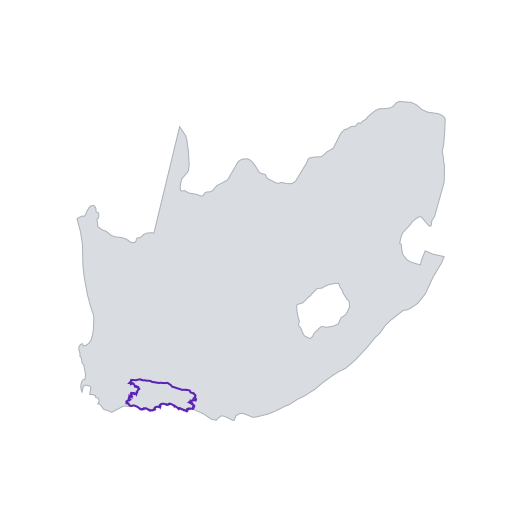 location of Eden, Western Cape, South Africa, rotated 14°
{"feature_id": "47623444B71894478343084", "entity_name": "Eden", "entity_type": "district", "adm_level": 2, "iso_a3": "ZAF", "parent_name": "South Africa", "parent_adm1": "Western Cape", "projection": "equal_earth", "projection_center": [22.286, -33.877], "detail": "fine", "context": "in_parent", "style": "outline", "palette": "violet", "viewbox_px": 512, "rotation_deg": 14, "n_neighbors": 0, "source": "geoboundaries", "source_scale": "gbopen_adm2", "svg_char_len": 8711}
<svg xmlns="http://www.w3.org/2000/svg" viewBox="0 0 512 512"><g transform="rotate(14 256 256)"><path d="M357.6,71.4L369.8,69.4L375.2,70.5L381.6,73.8L387.7,74.9L398.1,73.8L401.6,74.3L404.4,75.4L406.4,77.2L409.1,90.0L411.3,103.8L411.2,108.2L411.5,109.9L414.3,115.7L415.3,119.4L416.9,122.3L420.3,136.9L420.7,139.5L419.7,174.7L418.1,178.9L418.6,184.4L416.9,185.1L406.8,178.1L405.0,178.4L402.1,181.0L399.3,185.1L398.0,188.6L392.6,198.1L392.1,204.0L392.4,209.1L394.1,209.4L395.3,213.0L397.9,218.9L402.5,222.6L406.8,224.3L412.9,224.8L417.7,224.7L417.5,220.7L418.9,210.1L426.9,211.4L438.7,211.1L437.7,217.9L432.9,233.6L429.6,251.2L425.8,260.0L423.7,263.7L417.8,270.1L414.7,272.2L412.2,273.0L402.0,286.0L398.2,292.2L394.7,301.3L391.3,306.3L386.3,317.0L377.7,332.6L370.4,342.9L367.3,345.8L365.2,347.2L359.5,353.1L351.5,362.6L345.4,371.1L336.3,380.6L331.1,384.8L323.3,393.0L321.1,394.2L312.3,401.8L306.0,406.4L295.9,411.8L291.9,413.3L282.4,411.9L278.5,412.6L275.1,415.9L274.7,420.5L273.4,421.2L264.7,419.1L261.1,419.4L258.9,421.9L257.2,425.0L252.2,425.2L243.3,421.9L232.9,420.0L230.5,419.8L225.4,422.2L223.6,422.5L216.2,422.0L212.1,420.5L208.2,420.5L205.2,421.7L201.6,422.2L191.7,430.8L186.7,430.8L182.3,431.8L174.5,430.7L172.2,431.2L169.9,432.8L164.7,433.4L162.6,434.7L153.8,442.6L150.1,441.8L145.5,441.7L140.2,437.5L138.2,437.7L138.7,436.5L138.9,434.3L137.0,432.0L134.9,432.1L133.8,430.2L130.7,430.0L128.1,430.6L127.5,423.3L126.3,422.5L123.1,422.4L121.6,422.6L120.8,423.3L120.0,425.0L120.1,430.1L119.0,428.6L117.7,425.6L117.2,422.3L117.6,418.4L120.0,417.0L119.2,412.1L115.4,403.6L113.1,401.8L111.3,397.4L109.4,395.8L108.7,392.8L106.9,390.3L106.2,386.5L107.1,384.3L108.6,383.1L110.2,385.0L112.1,384.2L114.8,381.4L116.4,377.2L116.4,370.4L115.9,366.1L113.6,355.1L112.5,352.5L107.5,344.6L101.6,334.0L94.1,317.3L90.4,307.2L84.8,286.7L79.9,275.1L74.0,264.2L73.3,263.5L74.1,262.2L77.1,259.7L78.5,259.0L79.3,259.3L80.0,258.6L80.7,256.9L81.1,253.1L82.5,249.1L83.7,247.3L86.4,246.2L88.5,247.7L89.4,249.2L89.8,251.2L90.7,252.1L92.2,252.0L93.3,253.2L93.9,255.7L93.8,257.5L93.0,258.6L93.1,260.1L94.2,261.9L95.4,265.9L101.0,268.0L104.2,268.2L107.2,269.3L110.0,271.0L114.6,271.5L121.0,270.6L126.3,271.0L130.4,272.7L133.4,273.0L135.3,271.9L136.0,270.3L135.8,268.3L136.7,267.0L138.8,266.4L140.4,264.8L141.7,262.3L144.6,260.2L149.1,258.6L151.4,258.6L150.6,149.0L158.9,156.6L160.8,160.1L164.9,170.4L169.0,183.2L169.7,189.3L169.6,190.6L165.4,199.0L165.3,203.0L165.8,207.9L166.8,210.3L168.0,211.0L170.9,209.8L175.4,211.1L183.9,210.6L188.2,211.2L189.3,210.8L190.2,209.8L191.3,206.9L192.3,206.0L196.3,204.7L198.1,203.0L200.9,197.3L209.4,189.7L210.4,187.8L215.7,169.4L217.4,166.8L219.8,165.1L224.4,163.7L227.2,164.4L230.2,166.0L233.5,168.7L238.5,173.7L240.2,174.5L245.2,174.7L248.2,178.0L257.6,180.2L260.3,180.1L263.2,178.3L268.0,178.4L273.2,177.1L276.3,173.9L282.5,153.7L283.2,149.3L283.9,148.1L288.9,145.8L294.9,144.1L296.1,143.1L299.9,137.5L304.9,132.8L308.5,116.6L310.8,112.8L312.2,111.2L313.0,111.2L314.3,110.2L316.0,108.2L317.9,106.9L320.2,106.5L321.7,105.1L322.3,103.0L323.5,101.9L325.2,102.0L326.1,101.3L326.4,99.8L330.1,96.3L330.2,94.9L332.4,91.5L336.6,86.0L340.5,83.0L344.1,82.4L350.9,79.6L353.4,77.0L355.0,73.4L357.6,71.4ZM342.0,308.0L347.9,305.4L352.3,301.9L353.4,295.5L356.9,291.5L358.2,287.8L359.2,282.8L357.4,277.5L354.7,275.9L349.8,271.3L347.7,268.2L344.8,265.6L342.8,262.5L339.3,263.5L334.0,266.0L330.7,268.3L327.9,271.1L322.9,273.1L318.1,281.8L316.5,283.7L312.8,290.1L307.6,293.2L307.4,294.4L309.1,299.5L311.4,304.7L313.9,308.9L313.7,311.5L314.5,313.5L316.8,314.9L320.5,320.1L322.4,321.8L328.1,323.0L329.0,322.7L330.6,319.6L330.9,317.4L334.9,310.6L336.6,308.6L342.0,308.0Z" fill="#d9dde1" stroke="#a8b0b8" stroke-width="1"/><path d="M213.0,403.5L211.7,403.4L210.6,403.4L208.8,403.1L207.4,403.2L206.3,403.1L204.7,401.9L202.5,401.1L200.9,400.5L200.2,400.7L199.4,401.1L197.4,401.6L196.4,401.7L195.5,402.0L194.1,402.0L193.2,402.5L192.5,402.7L191.8,402.7L190.8,402.9L189.9,402.9L189.3,403.1L187.9,402.9L186.6,403.3L185.9,403.4L185.2,403.2L184.0,402.8L182.6,402.9L179.1,403.6L178.2,403.4L177.1,403.9L175.7,403.9L174.8,404.1L174.0,403.6L172.9,403.8L169.5,405.6L164.9,406.4L164.9,406.7L165.5,406.6L165.4,407.0L163.9,409.8L165.6,409.3L165.7,410.6L167.0,409.8L167.4,409.3L168.6,409.9L169.8,411.3L170.5,411.3L170.6,411.5L170.4,412.0L172.2,412.1L172.1,411.4L173.3,411.6L173.2,412.3L173.9,412.8L174.3,412.7L174.9,413.2L173.9,414.6L173.3,416.7L173.1,417.0L173.7,417.4L173.4,418.0L173.3,418.7L173.3,419.1L173.0,418.8L172.1,419.1L171.9,418.9L171.6,419.1L171.3,419.2L171.3,419.4L171.1,419.4L171.0,419.2L170.8,418.7L170.7,418.5L168.4,418.9L168.4,419.0L168.1,419.5L168.4,419.6L168.4,419.8L168.6,419.8L168.9,419.8L168.9,420.1L168.8,420.4L168.9,420.7L168.5,420.7L168.1,420.4L168.2,421.3L168.5,421.3L168.7,421.2L168.9,421.8L169.3,422.1L169.1,422.2L169.4,423.0L168.3,422.7L168.4,422.8L168.1,423.1L168.1,422.7L167.4,422.7L167.0,422.6L167.0,423.0L167.1,423.3L167.2,423.6L167.0,424.0L167.3,424.3L167.2,424.4L167.1,425.2L167.3,425.1L167.5,425.6L168.0,425.5L168.7,425.8L168.3,426.3L168.1,426.0L167.3,426.6L167.0,426.9L166.9,427.1L166.1,428.0L165.5,428.3L165.4,428.8L165.5,428.9L165.7,428.6L165.8,428.6L166.0,428.9L166.5,428.8L166.6,429.2L166.2,429.5L166.2,429.8L166.1,430.1L166.3,430.1L166.6,430.0L166.8,430.0L166.9,430.3L167.1,430.3L167.4,430.1L167.6,430.2L168.0,430.1L168.1,430.4L168.5,430.6L168.8,431.0L169.1,431.3L169.7,431.5L170.5,431.8L170.7,431.7L170.9,431.7L171.5,431.7L172.3,431.1L173.0,430.7L173.3,430.6L174.8,430.6L175.6,430.8L175.8,430.7L177.0,431.0L177.6,431.1L179.1,431.7L179.5,432.1L179.8,432.1L180.1,432.2L180.3,432.3L180.7,432.5L180.8,432.5L181.0,432.7L181.4,432.7L181.7,432.5L181.9,432.6L182.0,432.6L182.1,432.4L182.4,432.2L182.8,432.3L183.0,431.9L183.3,431.9L183.7,431.7L183.8,431.4L184.0,431.5L184.0,431.3L183.9,431.2L184.1,430.8L184.5,430.7L185.4,430.7L185.7,430.5L185.9,430.5L186.0,430.4L186.3,430.4L186.6,430.5L186.9,430.5L187.1,430.6L187.3,430.6L188.4,431.1L188.6,431.1L189.0,431.3L189.1,431.2L189.5,431.4L189.7,431.5L190.1,431.4L190.3,431.5L190.3,431.4L190.5,431.5L190.6,431.3L190.7,431.2L191.0,431.2L191.3,431.2L191.9,431.1L192.1,431.0L192.3,431.1L192.9,430.9L193.3,430.5L193.5,430.5L193.8,430.3L193.8,430.1L194.2,430.0L194.4,429.9L194.2,429.7L194.3,429.3L194.8,428.9L195.0,428.8L194.9,428.7L194.5,428.5L194.4,428.2L194.4,427.8L194.8,427.2L195.5,426.6L196.0,426.4L196.8,426.1L197.7,426.0L198.2,426.2L198.4,426.0L198.7,426.0L199.2,425.8L199.3,425.7L199.4,425.8L199.4,425.7L199.6,425.7L199.7,425.4L199.5,425.2L199.5,425.4L199.4,425.3L199.4,425.2L199.3,425.3L199.2,425.2L198.7,424.9L198.7,424.2L199.0,423.5L199.7,422.6L200.6,422.1L201.4,421.8L202.3,421.7L203.1,421.6L203.9,421.7L204.5,421.9L204.7,421.7L204.8,421.8L205.0,421.8L205.4,421.9L205.5,421.8L205.8,421.9L206.0,421.7L206.0,421.8L206.4,421.6L206.5,421.6L206.8,421.5L207.0,421.4L207.0,421.2L207.3,421.0L207.9,420.7L208.1,420.5L208.1,420.3L208.3,420.3L208.3,420.1L208.8,420.1L210.7,420.4L211.9,420.8L212.7,421.2L212.8,421.3L212.8,421.2L212.9,420.9L213.4,421.1L214.4,421.5L215.5,421.8L216.4,422.2L216.8,422.4L217.0,422.7L217.4,422.9L217.3,422.6L217.4,422.4L217.6,422.3L218.0,422.2L218.5,422.4L218.6,422.5L218.7,422.4L218.8,422.6L219.0,422.6L219.5,422.5L219.9,422.5L220.0,422.5L220.0,422.4L220.2,422.5L220.7,422.5L220.9,422.7L221.3,422.6L221.6,422.7L222.1,422.6L222.3,422.7L222.5,422.8L222.5,422.7L222.9,422.7L223.1,422.9L223.4,422.8L223.7,423.0L223.9,423.0L224.0,423.1L224.4,423.1L224.5,423.1L224.8,423.0L225.3,423.1L225.6,423.2L225.8,423.1L226.1,423.1L226.2,423.3L226.3,423.3L226.3,423.2L226.6,423.4L226.7,423.2L226.4,423.1L225.9,423.0L225.9,422.4L226.1,421.9L226.1,421.7L226.1,421.3L226.7,420.7L227.1,420.5L227.6,420.3L228.0,420.2L228.3,420.2L228.3,420.3L228.4,420.2L228.5,420.3L228.6,420.2L228.9,420.2L229.2,420.2L229.4,419.9L229.6,419.9L229.9,419.7L230.3,419.7L230.8,419.6L231.2,419.6L231.6,419.7L231.8,419.6L231.8,419.4L231.8,419.1L231.7,418.9L231.6,418.5L231.6,418.4L231.7,418.2L231.8,418.2L231.7,418.0L231.7,417.9L231.6,417.7L231.9,417.6L232.0,417.5L232.0,417.4L231.9,417.3L231.8,417.1L232.0,416.9L232.3,416.8L232.6,416.9L232.8,416.4L233.0,416.4L231.2,415.7L231.0,415.4L230.0,415.3L229.8,414.3L229.1,413.9L229.0,414.0L228.4,414.2L228.4,414.7L228.0,414.7L227.1,414.4L226.9,414.3L226.4,414.2L227.2,413.4L227.4,412.1L228.1,412.1L229.6,411.6L229.6,411.1L229.9,410.8L229.9,410.2L230.5,410.8L231.5,410.7L232.4,410.8L232.5,409.5L231.3,408.5L231.2,407.8L230.8,407.9L230.9,406.6L231.0,405.9L230.9,405.7L230.4,405.4L229.0,404.8L228.6,404.2L228.0,404.4L227.0,404.2L226.4,404.3L226.0,404.3L225.6,404.2L225.8,404.7L224.8,403.2L224.3,402.6L222.1,402.6L220.8,402.6L220.3,403.0L219.3,403.0L216.5,403.8L214.2,403.5L213.0,403.5Z" fill="none" stroke="#5b21b6" stroke-width="2"/></g></svg>